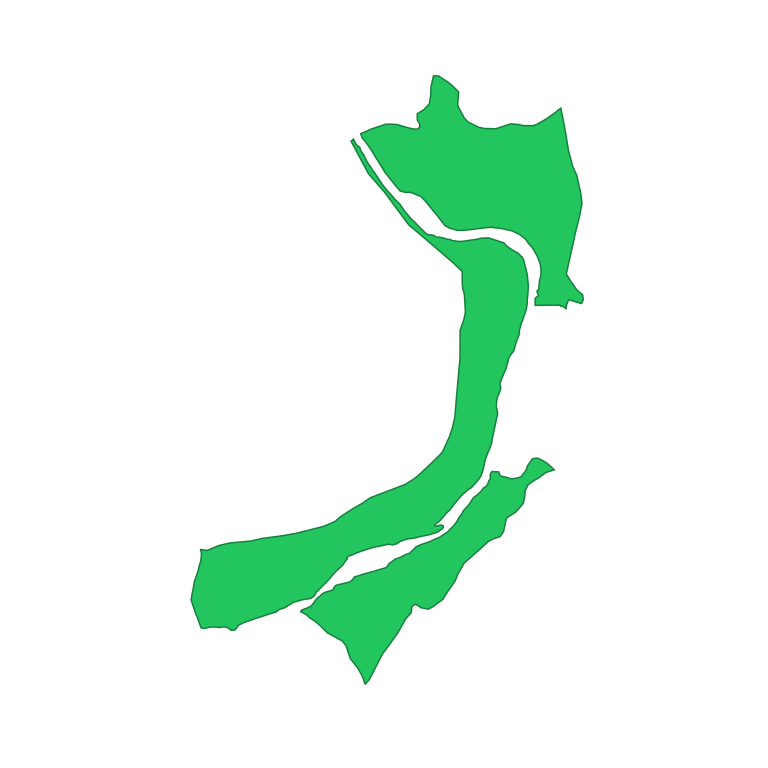 Qina, Qina, Egypt, rotated 75°
{"feature_id": "37247803B17837872993253", "entity_name": "Qina", "entity_type": "district", "adm_level": 2, "iso_a3": "EGY", "parent_name": "Egypt", "parent_adm1": "Qina", "projection": "orthographic", "projection_center": [32.69, 26.097], "detail": "fine", "context": "isolated", "style": "filled", "palette": "green", "viewbox_px": 768, "rotation_deg": 75, "n_neighbors": 0, "source": "geoboundaries", "source_scale": "gbopen_adm2", "svg_char_len": 6146}
<svg xmlns="http://www.w3.org/2000/svg" viewBox="0 0 768 768"><g transform="rotate(75 384 384)"><path d="M140.8,353.0L162.7,347.9L176.9,344.6L198.8,333.9L236.7,318.9L248.3,310.8L285.3,285.5L295.5,279.4L308.3,282.6L313.2,283.3L317.0,283.0L324.9,284.5L335.7,286.8L342.7,290.3L351.8,296.6L359.6,298.7L378.4,303.8L401.2,312.2L422.1,319.8L434.0,324.0L444.0,329.2L452.0,334.6L452.6,335.1L464.3,344.7L466.4,347.5L471.8,357.0L481.5,375.1L483.8,380.8L486.5,389.4L490.3,426.6L493.7,436.2L496.2,445.9L497.1,448.7L500.9,460.3L504.2,467.0L505.9,479.6L505.5,507.2L504.3,521.0L501.6,541.8L501.3,552.6L499.1,565.5L497.6,574.4L497.3,585.3L499.0,597.9L496.4,604.0L500.7,604.2L507.6,606.8L511.7,609.5L516.7,612.1L525.8,618.4L531.8,621.0L536.8,623.6L542.7,626.2L554.4,625.5L559.2,625.2L559.8,624.8L572.2,623.8L573.7,620.7L573.7,617.1L574.0,613.6L575.2,609.3L576.8,605.6L576.8,602.2L578.9,598.0L582.5,595.2L583.0,591.8L581.2,588.9L579.3,587.0L578.2,581.1L577.3,569.0L576.9,561.0L576.5,553.1L576.3,547.4L574.7,543.9L574.4,537.4L572.9,533.2L572.6,531.6L571.3,527.8L571.5,525.7L571.3,522.5L571.3,518.2L572.2,510.5L571.1,507.0L570.1,505.7L569.3,504.8L568.2,504.0L566.7,501.8L565.3,499.1L563.6,496.4L561.0,491.6L552.7,479.2L549.3,472.5L547.8,470.0L545.7,468.0L543.4,464.8L541.7,464.4L541.1,462.2L540.9,459.0L540.0,453.7L539.4,445.4L539.0,436.3L539.6,429.5L539.9,420.9L541.5,417.6L541.7,413.6L540.3,409.2L539.8,404.2L539.9,400.4L540.6,394.7L540.8,388.1L541.3,379.7L541.1,375.3L541.1,372.5L540.4,368.9L538.6,364.7L538.0,363.8L536.3,363.5L535.4,364.5L534.8,366.5L534.8,371.1L533.6,371.8L532.9,371.5L532.2,368.9L530.7,365.6L527.2,360.5L524.9,357.2L522.7,352.9L519.5,348.9L516.6,345.0L513.6,340.6L510.9,336.7L509.7,333.7L507.6,329.7L506.8,326.5L503.2,320.9L500.4,316.9L497.9,314.1L495.4,312.5L492.7,310.6L488.9,308.6L483.4,305.8L478.1,302.1L473.6,298.5L468.6,295.1L464.2,293.4L461.1,291.6L457.6,289.9L455.3,288.6L446.2,284.1L443.3,282.4L440.4,281.6L438.1,281.6L434.0,281.2L430.0,279.7L426.2,277.9L424.1,276.3L421.8,274.5L419.1,272.6L418.0,272.3L415.5,272.0L413.7,272.0L412.9,271.5L412.1,270.9L409.8,269.3L407.2,267.2L403.7,264.6L400.3,261.8L397.0,260.1L394.8,258.6L391.8,257.3L388.8,254.3L385.5,249.9L383.7,248.9L381.0,247.4L376.1,244.3L370.6,240.2L367.9,239.6L366.7,239.1L364.9,237.9L363.2,236.9L360.7,235.6L358.8,233.9L355.7,232.0L352.0,229.4L349.2,227.5L344.5,225.3L338.9,223.5L334.1,221.7L326.7,219.2L315.5,217.3L301.3,217.0L297.8,217.4L292.1,220.8L288.7,224.5L283.1,229.4L278.6,231.8L273.9,239.1L270.0,245.1L268.4,251.8L268.2,257.2L267.9,260.0L267.3,264.0L266.8,269.3L266.0,273.7L264.9,276.7L263.4,280.3L263.0,280.8L263.0,281.0L261.2,283.3L260.4,285.9L258.2,288.9L256.4,292.7L255.6,295.5L253.3,297.4L252.3,299.7L251.1,303.0L248.7,305.0L241.0,309.5L235.1,312.7L233.0,314.2L222.5,319.3L214.2,322.2L209.0,325.4L206.1,326.7L201.0,329.2L198.3,330.7L192.6,333.2L191.6,333.6L187.6,335.0L184.7,336.0L181.9,336.9L179.3,337.8L174.2,339.7L173.3,340.0L169.8,341.1L167.4,342.1L163.2,343.2L161.3,343.6L156.8,344.4L153.9,345.6L151.8,346.1L149.4,346.1L148.0,347.2L145.1,349.0L143.3,349.3L140.7,349.9L139.5,350.1L140.6,352.0L140.8,353.0ZM136.2,341.7L136.4,341.7L140.8,341.3L144.7,339.4L148.1,338.1L154.8,335.7L163.4,333.3L167.6,331.8L179.8,328.3L194.5,321.9L201.7,318.5L204.5,313.6L205.7,308.8L208.1,305.6L210.3,302.6L212.5,299.8L218.3,296.6L227.5,292.5L235.6,288.8L246.8,284.1L250.7,279.9L254.7,273.2L256.1,267.7L257.5,258.9L258.5,251.2L260.3,240.1L264.8,229.1L269.3,220.5L274.8,214.2L281.0,209.6L285.2,208.2L289.3,206.1L293.2,204.7L300.2,202.9L307.2,202.1L313.0,202.5L319.1,204.1L321.7,205.4L323.8,206.8L327.4,208.1L329.4,209.1L331.5,209.3L333.1,211.0L333.6,212.0L334.8,212.4L337.0,212.0L338.7,212.0L340.0,215.3L341.7,216.3L345.5,217.2L346.7,217.4L347.2,217.6L351.3,201.5L353.4,193.9L354.6,193.2L354.8,191.6L358.3,188.7L355.5,187.6L351.3,184.6L350.3,183.7L353.0,179.6L357.4,172.5L354.3,169.7L349.4,169.0L342.9,173.4L333.4,176.9L324.8,179.4L300.9,166.9L287.7,160.1L271.7,151.2L260.7,146.0L253.1,144.9L250.9,144.6L232.4,143.8L222.8,145.4L206.3,145.4L188.4,143.6L181.8,143.0L163.3,141.8L166.8,150.0L170.3,159.7L172.8,169.3L173.0,173.2L170.6,182.2L168.0,187.3L165.5,194.3L166.4,210.0L163.1,221.0L160.5,226.1L152.3,235.4L147.5,237.7L141.8,239.0L136.0,240.4L133.1,240.5L121.2,236.3L113.7,240.7L109.0,244.0L104.4,248.2L100.7,251.4L99.7,254.3L99.1,256.4L109.1,261.7L117.0,264.1L125.0,267.6L129.2,274.2L131.6,281.9L137.5,283.5L142.3,282.2L145.3,283.0L146.4,285.9L145.6,288.9L143.0,294.0L136.8,304.2L135.1,309.2L133.5,315.2L133.9,321.1L134.1,325.0L134.4,329.9L136.2,341.7ZM668.9,479.6L665.8,474.7L644.4,455.4L637.0,446.0L627.7,434.8L616.3,423.7L612.1,417.1L606.1,414.5L604.9,410.7L607.7,407.6L609.5,406.5L613.0,399.4L611.8,394.6L607.3,383.0L602.1,377.5L592.7,366.3L586.6,361.7L583.6,358.7L577.4,352.5L575.2,347.7L567.5,332.4L563.1,323.9L561.8,318.1L561.4,311.2L557.3,306.6L550.3,303.1L545.3,300.4L544.2,297.5L541.8,289.8L537.3,283.1L535.4,280.4L530.4,277.8L528.4,276.9L523.5,275.2L518.4,270.6L516.0,263.9L514.8,259.1L511.4,250.5L510.9,241.8L503.6,246.4L499.9,249.6L495.3,254.8L494.6,259.8L499.9,266.3L503.9,269.0L507.0,272.8L509.1,275.6L509.3,279.5L508.7,285.4L506.0,289.5L503.4,294.6L502.5,295.6L498.6,295.9L496.5,302.2L496.5,302.3L497.9,304.2L499.9,305.1L502.5,305.5L504.6,307.7L506.7,309.2L508.5,310.7L509.7,312.6L510.2,315.0L512.2,317.2L515.1,322.3L516.4,325.6L517.5,327.7L522.5,333.2L527.3,340.6L529.6,342.4L532.5,346.3L535.8,349.3L539.2,353.9L543.5,361.2L544.8,365.4L546.6,370.7L547.1,375.2L547.9,379.3L548.4,384.4L548.6,389.3L549.6,395.3L551.5,398.2L552.8,400.9L554.1,403.0L554.2,406.3L555.7,413.3L556.0,418.7L557.7,422.5L558.7,425.5L560.2,427.1L561.9,429.4L562.0,433.0L562.0,437.3L562.3,440.7L562.3,453.3L562.6,458.5L562.7,462.3L565.0,465.3L566.3,468.2L566.3,472.6L566.0,479.4L566.0,482.3L567.4,484.8L569.7,486.6L569.9,490.2L569.9,493.7L570.1,495.8L570.7,497.6L572.2,500.7L573.7,504.1L575.6,506.7L577.6,508.9L579.7,512.2L580.3,515.7L580.7,518.2L581.1,522.2L582.3,523.4L587.1,518.4L590.8,516.2L594.4,512.8L600.2,508.6L609.8,503.0L621.6,490.7L627.1,488.4L637.8,487.8L640.7,487.6L651.1,483.0L660.7,480.5L668.4,480.0L668.9,479.6Z" fill="#22c55e" stroke="#15803d" stroke-width="1.5"/></g></svg>